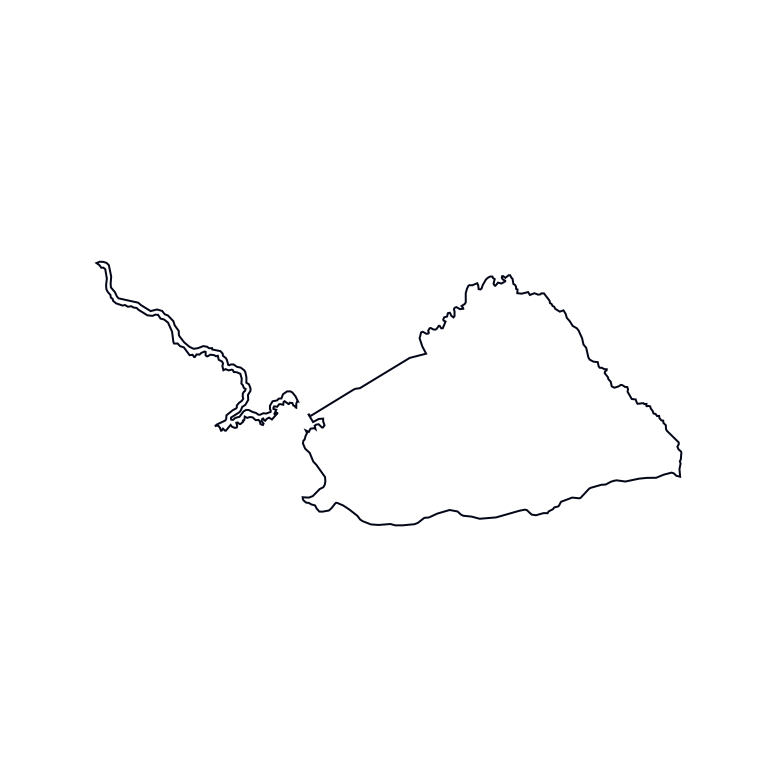 the district of Hatonuevo, La Guajira, Colombia, rotated 197°
{"feature_id": "7082276B24784892913162", "entity_name": "Hatonuevo", "entity_type": "district", "adm_level": 2, "iso_a3": "COL", "parent_name": "Colombia", "parent_adm1": "La Guajira", "projection": "robinson", "projection_center": [-72.67, 11.096], "detail": "fine", "context": "isolated", "style": "outline", "palette": "ink", "viewbox_px": 768, "rotation_deg": 197, "n_neighbors": 0, "source": "geoboundaries", "source_scale": "gbopen_adm2", "svg_char_len": 6150}
<svg xmlns="http://www.w3.org/2000/svg" viewBox="0 0 768 768"><g transform="rotate(197 384 384)"><path d="M428.7,251.9L427.7,249.8L426.6,249.0L423.7,247.8L421.2,248.3L418.3,247.6L414.4,247.7L412.0,245.2L408.6,243.1L405.8,243.8L399.7,246.9L397.9,249.9L395.7,255.5L395.1,256.4L394.0,256.6L387.5,255.9L380.4,253.8L371.0,250.2L367.3,247.5L364.5,246.6L355.4,245.9L348.0,247.6L336.9,252.0L331.9,252.1L324.8,254.3L313.7,258.9L311.0,261.1L306.3,267.8L302.0,269.5L295.2,275.6L284.4,282.7L276.4,283.6L272.2,281.6L269.6,281.2L261.5,282.8L253.1,283.1L237.8,289.2L217.4,302.4L212.6,305.0L210.6,305.2L204.7,302.3L200.3,302.9L193.8,307.1L189.8,308.3L189.3,310.3L185.9,313.6L185.0,315.8L181.8,317.7L181.1,318.7L180.3,323.1L170.8,330.4L163.8,331.8L162.7,332.6L157.2,343.9L155.9,345.2L146.6,351.2L142.6,352.7L138.5,356.8L135.6,358.8L133.3,359.9L124.7,361.3L112.3,368.1L105.1,371.1L96.3,373.9L89.8,379.2L83.1,383.3L80.8,383.3L77.5,381.7L73.7,381.9L76.6,389.1L77.1,394.6L78.5,396.6L78.1,398.7L79.6,405.4L80.3,406.3L83.2,407.6L85.1,409.8L84.5,412.7L85.1,414.3L99.5,421.8L101.1,423.2L102.4,426.9L105.4,428.5L106.3,430.6L107.9,430.3L110.4,431.6L111.6,433.9L113.5,433.2L115.5,434.7L117.6,434.6L119.3,436.9L121.6,438.4L122.9,440.4L124.5,440.4L126.1,439.6L126.8,439.9L127.2,441.7L129.2,440.9L130.5,441.5L135.6,439.2L136.6,439.8L138.8,442.8L142.7,442.1L148.8,447.8L149.2,450.5L150.5,452.2L152.5,451.7L155.9,452.6L157.2,452.4L159.1,450.2L162.6,447.8L165.5,448.3L167.8,452.4L170.8,454.2L171.9,456.0L176.1,458.9L176.3,460.4L175.1,462.3L175.3,463.2L177.8,462.6L180.3,463.2L182.3,462.6L183.8,463.5L186.0,467.4L190.4,466.6L194.5,467.5L196.3,469.1L201.2,477.7L204.8,480.1L207.9,485.6L213.5,492.0L216.0,493.7L220.5,494.7L224.9,498.5L228.5,500.7L230.8,504.2L233.9,506.9L237.0,504.6L242.1,505.9L243.9,507.7L245.6,507.9L247.3,509.6L248.9,509.9L250.1,512.1L257.5,517.4L260.0,516.7L260.6,515.5L262.7,514.5L266.7,514.8L270.5,511.8L273.1,514.0L278.8,510.6L283.1,509.8L283.9,513.4L285.5,513.6L286.2,515.7L287.6,517.0L289.5,517.5L291.9,522.3L292.8,522.5L295.3,524.9L296.6,524.4L299.0,521.0L301.7,522.0L302.5,521.7L302.5,520.3L301.9,519.5L300.8,518.7L298.3,518.2L298.1,517.5L301.1,514.4L304.6,514.3L306.2,510.5L307.1,510.5L308.6,512.1L308.8,516.7L310.6,517.1L311.7,518.4L313.5,518.0L315.3,516.5L317.0,513.9L318.5,507.5L318.6,503.9L319.4,502.6L321.2,502.4L322.9,506.1L324.3,507.6L328.5,504.2L331.2,503.5L332.0,502.6L332.5,499.4L332.4,494.8L329.7,486.0L330.2,484.1L332.6,481.2L330.5,479.8L330.2,479.1L333.3,477.8L337.3,478.7L338.7,477.5L339.0,475.9L337.8,474.1L336.4,469.5L337.0,468.0L339.5,468.9L341.8,471.4L343.6,470.4L343.4,467.0L345.9,465.4L346.2,462.9L345.6,462.1L343.4,461.7L344.1,454.5L345.5,454.0L347.8,455.9L348.6,455.6L349.8,452.1L350.8,451.0L352.8,450.6L355.6,451.2L356.6,450.7L357.3,448.0L356.1,446.0L356.3,445.3L358.1,444.4L362.2,445.3L363.6,444.2L363.3,438.1L358.4,431.2L352.6,425.3L367.0,416.5L405.9,372.9L409.7,371.2L411.3,369.9L445.1,331.7L446.9,333.0L447.2,332.7L440.7,326.9L436.2,331.5L432.1,333.1L431.2,330.4L428.8,327.1L429.7,324.5L430.7,324.3L434.7,326.4L437.0,325.3L438.1,323.8L436.4,320.9L437.7,321.4L441.2,319.8L441.9,316.2L445.2,316.7L443.3,314.7L443.8,311.2L443.7,307.6L444.5,306.3L444.1,303.4L440.5,299.1L434.9,296.4L429.0,289.2L424.9,286.8L413.2,277.8L411.6,273.8L411.2,270.4L411.8,267.6L414.7,264.8L419.3,256.0L422.6,253.4L428.7,251.9ZM461.1,342.1L465.1,346.4L469.2,349.1L471.2,349.6L474.5,348.6L477.6,344.7L477.9,340.2L480.4,339.2L481.5,337.0L485.5,334.9L486.7,329.9L485.8,326.8L484.5,325.4L484.3,324.1L488.2,321.2L490.7,320.8L493.5,318.4L495.0,317.9L498.1,318.9L501.3,318.8L505.7,319.6L508.3,318.9L510.3,316.7L512.6,310.4L516.3,308.1L517.8,305.6L519.6,305.2L520.3,306.1L520.4,307.3L514.0,314.7L513.2,316.8L512.9,320.6L510.5,323.5L509.2,329.1L510.9,333.8L509.7,338.4L510.2,340.5L513.0,344.2L516.0,345.0L517.5,350.1L520.1,354.8L521.6,356.2L525.9,357.8L529.4,357.4L533.6,358.7L536.2,357.9L537.5,356.7L538.5,356.7L541.4,361.3L542.9,362.6L546.3,363.9L547.1,365.8L550.0,367.6L558.3,366.8L558.9,368.0L561.8,367.1L564.1,367.9L567.9,367.4L572.5,363.8L576.3,362.0L580.9,362.7L587.3,365.4L593.2,369.6L594.4,370.7L595.8,374.7L601.3,378.9L603.8,382.5L610.6,386.3L614.1,386.6L617.5,389.0L622.8,388.9L628.5,385.5L639.2,388.3L642.9,389.9L662.9,388.3L665.0,389.6L668.2,393.2L673.4,396.5L674.8,400.2L676.3,407.0L681.9,417.2L684.7,418.7L688.3,418.7L691.6,417.8L694.3,415.6L691.0,414.5L688.3,412.5L686.5,413.2L684.2,412.4L679.9,403.9L678.6,397.0L677.1,393.3L675.0,391.2L671.7,389.2L670.4,386.7L668.4,386.1L667.5,384.4L663.9,382.8L656.9,382.6L654.7,383.8L651.5,383.0L648.3,384.5L646.2,383.9L642.7,384.4L640.5,383.2L630.3,380.5L625.2,381.5L623.1,383.4L620.3,384.1L616.8,381.2L613.3,381.4L608.5,379.6L602.0,372.1L597.6,362.4L596.6,361.3L593.2,362.4L590.2,360.6L586.1,360.5L578.3,354.7L575.6,356.0L573.5,354.3L572.8,354.5L571.9,357.5L569.0,358.2L567.8,360.3L565.1,362.6L563.9,362.5L563.1,359.5L561.9,358.7L560.8,358.9L558.6,361.3L554.8,361.9L552.7,361.4L551.2,362.4L549.2,358.9L545.4,358.1L543.9,356.5L543.8,353.9L541.6,350.2L539.9,351.9L536.6,351.6L533.8,353.2L532.8,353.2L531.1,351.5L528.5,352.2L524.4,351.8L521.6,347.5L520.5,342.7L518.8,341.7L516.9,339.3L514.8,338.7L515.0,336.4L515.7,335.7L516.2,333.6L515.4,330.5L514.3,328.8L515.0,326.4L517.1,323.6L518.5,320.4L517.9,318.6L518.2,317.5L520.9,314.8L525.5,308.0L524.7,304.3L525.1,302.7L532.0,296.4L533.4,294.2L531.5,295.4L530.1,295.5L528.2,294.3L526.2,291.7L525.6,292.0L525.0,294.2L522.4,292.9L521.6,293.1L518.7,300.0L516.9,298.7L513.9,298.4L512.1,299.3L512.2,301.2L513.9,303.8L512.7,304.4L510.4,303.5L509.6,303.7L507.6,306.8L508.2,307.8L507.1,308.7L507.6,312.1L504.9,311.6L502.6,313.2L499.9,313.7L496.1,311.9L493.5,313.0L492.1,312.1L490.3,309.5L487.8,309.4L487.6,310.9L490.3,312.8L490.2,315.1L489.4,315.7L487.9,314.2L486.9,314.1L485.9,316.4L484.1,318.2L480.8,317.3L477.5,324.5L477.6,325.1L478.3,325.2L479.7,323.2L480.1,323.4L479.5,327.9L482.4,327.8L482.8,328.8L482.5,330.5L479.5,331.0L478.4,333.9L477.5,334.4L474.3,334.7L474.8,337.6L474.0,338.5L469.5,336.9L468.9,337.3L468.7,338.5L466.1,339.0L464.5,337.0L462.2,336.7L461.8,335.8L461.0,335.7L462.1,339.5L462.0,342.0L461.1,342.1Z" fill="none" stroke="#020617" stroke-width="2"/></g></svg>